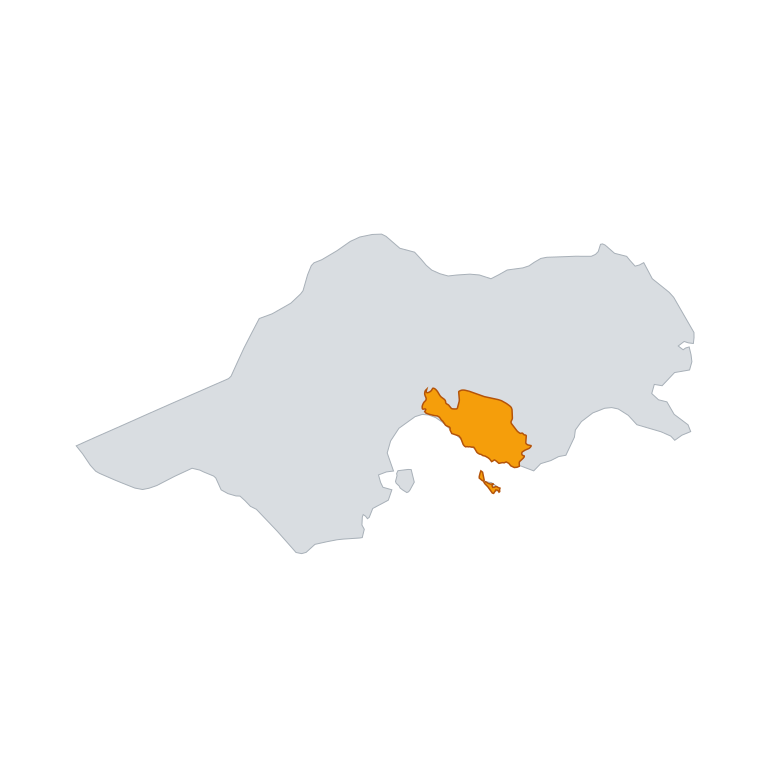 Sfax highlighted on a map of Tunisia, rotated 78°
{"feature_id": "TUN-114", "entity_name": "Sfax", "entity_type": "Governorate", "adm_level": 1, "iso_a3": "TUN", "parent_name": "Tunisia", "parent_adm1": "", "projection": "albers", "projection_center": [10.434, 34.714], "detail": "fine", "context": "in_parent", "style": "filled", "palette": "amber", "viewbox_px": 768, "rotation_deg": 78, "n_neighbors": 0, "source": "natural_earth", "source_scale": "10m", "svg_char_len": 5582}
<svg xmlns="http://www.w3.org/2000/svg" viewBox="0 0 768 768"><g transform="rotate(78 384 384)"><path d="M529.7,437.2L529.6,439.6L527.2,456.4L526.6,462.4L526.4,472.6L526.5,484.9L532.5,495.2L532.8,499.8L530.5,505.1L519.6,511.2L505.5,519.2L493.3,526.7L480.0,534.9L475.9,540.1L469.2,544.2L463.7,548.2L462.7,552.1L458.8,559.4L453.7,565.3L440.9,568.1L438.6,569.8L432.6,578.6L429.9,582.1L426.5,589.3L430.8,608.1L436.1,627.4L437.1,635.5L437.0,642.1L434.0,649.3L427.1,659.7L422.0,667.2L412.3,680.8L409.4,684.1L402.6,688.1L389.7,693.3L380.5,697.9L376.0,677.0L372.3,659.2L369.2,644.5L363.7,618.7L359.1,596.7L354.6,574.8L350.5,554.9L346.4,534.9L344.6,532.0L331.6,522.4L319.7,513.5L307.3,503.4L294.0,492.4L292.1,478.9L285.6,458.4L278.6,446.9L275.9,443.8L261.4,436.1L253.1,430.5L250.9,427.3L249.5,419.0L243.9,402.4L237.5,387.3L235.2,377.1L235.3,364.3L236.9,355.2L240.0,351.3L254.5,340.3L261.4,326.7L269.6,321.8L276.7,318.0L282.5,313.6L287.7,306.5L291.7,298.8L292.5,290.4L294.4,277.2L297.2,268.0L303.3,257.5L301.0,249.0L298.1,239.8L299.3,224.0L298.6,217.6L296.2,211.8L293.8,204.5L293.9,198.4L296.7,182.6L298.8,170.4L302.2,154.7L301.2,150.2L299.0,146.9L292.4,143.2L292.4,141.1L294.1,138.8L304.1,131.3L309.6,120.1L314.1,117.8L320.9,113.9L320.7,109.5L319.3,104.7L336.8,99.7L353.6,86.0L359.5,82.6L398.1,70.1L403.1,71.1L408.7,73.0L407.0,77.8L404.8,81.6L408.0,88.3L412.7,84.3L411.5,81.5L411.2,77.8L419.2,77.6L426.2,78.2L433.8,82.2L433.2,97.4L443.5,112.3L440.6,119.7L449.0,124.1L456.5,118.8L460.3,111.0L474.0,106.5L487.1,95.1L494.3,93.9L496.0,103.2L499.5,111.3L494.6,114.3L488.3,123.0L476.4,145.1L465.4,151.6L457.1,160.1L454.4,166.2L453.6,173.2L455.7,185.8L461.8,198.7L468.8,206.4L475.6,208.8L491.5,220.9L491.3,228.2L493.6,236.8L494.5,247.3L500.1,255.6L488.3,274.0L481.9,287.2L469.2,305.4L457.9,317.3L433.5,334.8L427.5,340.6L423.6,346.7L421.7,352.9L422.4,360.4L430.4,378.6L441.1,389.4L452.1,395.2L471.1,392.8L470.5,399.9L471.8,408.3L479.6,407.8L484.8,406.5L489.1,398.3L498.5,403.9L503.4,420.9L511.4,426.2L512.3,428.2L509.5,429.5L507.4,431.5L509.7,432.9L517.4,434.9L522.0,433.5L529.7,437.2ZM489.0,389.9L487.1,390.3L483.6,392.7L481.7,393.0L476.3,390.3L474.3,390.3L471.7,388.4L472.6,378.1L473.4,375.2L486.3,374.8L493.4,380.9L494.6,382.5L494.9,384.3L491.6,387.7L489.0,389.9ZM511.8,298.5L500.7,305.0L502.8,299.4L510.1,292.7L512.0,294.3L511.8,298.5Z" fill="#d9dde1" stroke="#a8b0b8" stroke-width="1"/><path d="M492.6,268.7L493.1,271.2L492.8,273.9L490.4,277.0L487.6,278.4L485.6,280.7L486.1,282.8L485.5,284.6L485.5,288.1L482.6,290.3L481.9,291.0L481.5,291.4L481.2,291.9L482.0,293.7L482.3,294.9L479.6,296.1L477.9,297.4L475.6,300.0L474.5,302.3L473.1,303.6L472.4,305.2L471.1,306.6L470.0,307.4L465.1,309.0L464.5,309.4L464.2,310.1L464.1,311.0L463.7,312.1L463.2,313.0L463.0,314.7L462.5,315.7L462.4,317.3L461.3,318.3L459.7,319.1L452.9,320.2L450.4,321.5L446.5,328.0L443.0,328.9L442.3,328.9L441.6,328.6L440.8,328.5L439.9,328.8L439.5,329.3L439.2,329.8L437.6,331.9L436.9,332.5L436.0,332.8L432.5,334.3L431.1,335.4L428.1,336.6L426.3,338.5L425.4,341.2L422.8,346.5L421.2,349.0L420.2,349.4L419.6,350.0L418.0,348.6L417.8,348.5L417.6,348.4L417.3,348.5L417.0,348.8L416.9,349.2L416.8,349.6L416.8,350.6L416.8,350.9L416.7,351.2L416.4,351.5L416.0,351.6L415.4,351.6L413.8,351.3L412.5,350.6L411.1,349.6L410.0,348.5L409.1,347.1L408.5,346.4L408.0,346.1L407.3,345.8L406.1,345.8L405.5,345.9L404.2,346.2L402.6,346.3L402.2,346.3L401.4,346.1L400.1,345.6L399.4,345.2L398.8,344.6L397.9,343.2L399.4,344.0L400.0,344.2L400.3,344.3L400.6,344.3L400.9,344.2L401.2,344.1L401.4,343.7L401.6,343.2L401.5,342.3L401.4,341.7L401.3,341.2L400.8,340.0L400.4,339.3L399.9,338.7L398.7,337.6L398.4,337.3L398.3,337.0L398.4,336.6L398.6,336.1L399.3,335.2L400.3,334.4L402.3,333.3L406.7,331.8L408.1,331.1L408.8,330.6L411.5,328.2L412.0,327.9L412.6,327.6L412.9,327.5L413.6,327.4L415.2,327.5L415.6,327.4L415.9,327.3L416.3,327.0L417.4,325.8L418.0,325.2L421.5,323.4L421.8,323.2L422.1,322.9L422.3,322.6L422.5,322.2L422.7,321.6L423.1,320.1L423.4,318.5L423.4,318.1L423.3,317.8L422.9,317.3L422.6,317.1L416.7,314.1L415.2,313.6L407.3,312.6L407.1,312.5L406.9,312.3L406.7,312.0L406.6,311.7L406.2,309.9L406.2,309.0L406.4,307.8L406.6,307.0L407.1,305.7L408.8,302.2L417.2,288.5L422.9,275.8L423.5,274.7L424.8,272.5L428.6,268.2L431.5,265.6L433.0,264.6L433.9,264.3L435.7,264.1L444.0,265.5L444.6,265.7L445.0,265.9L447.0,267.4L447.6,267.7L448.0,267.7L448.6,267.7L449.6,267.4L457.6,263.6L459.0,262.6L460.3,261.4L460.5,261.1L460.7,260.8L460.7,260.6L460.8,260.4L460.7,259.8L460.7,259.5L460.8,259.1L460.9,258.8L461.1,258.6L462.5,257.8L462.8,257.5L463.0,257.2L463.1,256.9L463.3,256.3L463.5,256.0L463.7,255.8L463.9,255.7L464.3,255.6L470.7,257.5L471.6,257.5L472.3,257.1L472.7,256.8L473.0,256.5L473.3,256.2L473.7,255.5L474.8,253.0L475.2,253.0L475.6,253.2L476.5,254.3L476.9,255.0L477.2,255.6L477.8,258.7L478.0,259.7L479.0,262.4L479.4,263.1L479.8,263.4L480.4,263.7L481.4,263.8L482.0,263.6L482.4,263.4L483.3,262.1L483.5,261.8L483.9,261.8L484.4,262.0L485.3,263.0L486.0,264.0L488.1,267.5L489.1,268.1L492.5,268.7L492.6,268.7ZM510.9,296.8L511.6,297.1L512.0,297.7L513.8,299.5L513.2,300.7L506.2,303.8L502.5,306.1L501.2,306.6L500.6,305.1L501.6,303.9L502.8,302.8L504.0,300.8L504.2,299.6L504.2,299.0L504.2,298.2L504.8,297.9L504.9,298.7L506.0,299.5L507.8,299.1L507.9,297.1L507.4,296.1L508.0,294.9L508.8,294.1L509.4,293.2L510.0,292.2L511.3,292.9L513.3,293.2L513.7,294.0L511.8,294.7L511.5,295.2L511.1,295.8L510.9,296.8ZM489.1,307.3L489.8,306.7L490.8,305.9L499.0,306.0L499.7,307.0L498.7,308.1L495.8,310.4L494.4,310.1L492.9,309.4L490.5,308.2L489.1,307.3Z" fill="#f59e0b" stroke="#b45309" stroke-width="1.5"/></g></svg>